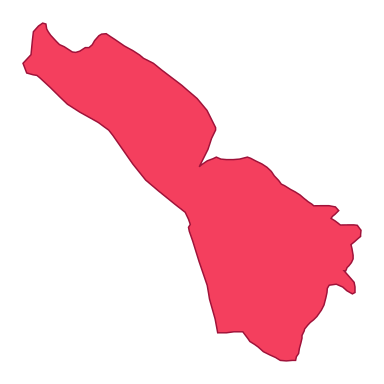 outline of Dokan, As-Sulaymaniyah, Iraq
{"feature_id": "34846034B72694577895124", "entity_name": "Dokan", "entity_type": "district", "adm_level": 2, "iso_a3": "IRQ", "parent_name": "Iraq", "parent_adm1": "As-Sulaymaniyah", "projection": "albers", "projection_center": [45.03, 35.922], "detail": "fine", "context": "isolated", "style": "filled", "palette": "rose", "viewbox_px": 384, "rotation_deg": 0, "n_neighbors": 0, "source": "geoboundaries", "source_scale": "gbopen_adm2", "svg_char_len": 2041}
<svg xmlns="http://www.w3.org/2000/svg" viewBox="0 0 384 384"><path d="M354.1,282.3L349.1,276.5L344.1,270.8L345.8,270.8L347.1,267.5L348.8,265.9L351.4,262.6L353.1,258.9L353.1,255.2L352.0,248.7L351.0,244.6L355.0,241.3L357.3,239.2L360.6,236.4L360.6,234.7L361.0,230.2L360.6,229.8L357.3,225.3L354.0,224.9L348.7,224.9L340.4,225.0L335.1,220.9L331.1,218.4L332.4,216.4L335.0,214.3L338.7,210.6L335.4,206.9L329.0,205.7L321.1,205.7L313.8,205.8L311.8,204.1L308.1,201.7L303.5,198.0L300.2,195.1L295.2,191.9L290.5,189.4L284.6,185.7L281.3,184.1L278.6,180.4L274.3,175.9L271.3,171.4L267.0,167.3L262.0,164.0L255.4,160.8L250.7,158.3L247.4,157.1L239.5,159.1L233.2,159.6L226.5,159.6L220.9,159.1L216.3,157.1L213.0,158.7L207.3,160.8L201.3,164.9L199.2,166.8L203.3,158.7L208.0,149.3L211.6,138.3L215.6,130.1L215.6,127.6L207.0,110.4L197.1,98.5L187.5,90.3L181.9,85.4L161.4,69.8L153.4,63.3L143.5,58.3L139.6,55.0L133.3,50.9L124.4,46.0L114.8,39.4L110.5,36.6L106.2,33.7L101.6,34.1L98.9,35.7L94.6,40.6L92.3,44.7L89.0,47.6L85.3,47.6L79.7,51.2L75.7,52.4L72.4,52.0L64.2,46.7L59.5,44.6L56.6,41.7L50.6,35.2L48.3,31.9L46.7,29.0L45.9,24.0L42.7,23.1L38.5,26.0L33.4,31.7L32.4,40.3L31.0,54.7L23.0,63.3L26.7,73.0L33.2,74.8L36.9,75.4L39.7,77.7L50.3,87.5L59.6,96.7L67.4,104.2L79.9,112.2L96.6,121.5L98.5,122.6L104.0,126.7L108.7,130.1L112.8,135.3L132.8,164.0L145.7,180.1L158.7,191.1L175.0,204.3L185.2,212.3L188.5,219.2L190.3,224.4L188.5,227.3L189.3,231.3L192.7,241.0L199.0,261.3L207.2,285.3L208.7,294.0L209.5,299.1L215.1,318.9L217.7,332.8L226.3,332.8L233.8,331.8L242.8,331.8L248.0,338.7L249.9,341.5L254.4,344.3L258.2,347.0L263.4,351.7L269.8,354.9L275.8,357.6L277.0,358.4L280.3,360.4L286.3,360.9L292.3,360.4L295.6,360.4L296.4,356.7L298.6,353.5L299.4,348.4L300.9,342.9L302.0,338.2L302.0,335.5L304.2,330.9L304.6,329.0L306.1,327.2L307.6,325.3L310.2,322.5L313.6,319.8L316.9,316.5L321.4,310.1L324.0,305.0L325.9,297.6L327.0,292.5L327.3,288.4L329.2,285.2L336.3,284.2L342.7,287.0L346.8,290.7L352.4,293.9L355.0,292.5L355.0,286.9L354.1,282.3Z" fill="#f43f5e" stroke="#9f1239" stroke-width="1.5"/></svg>